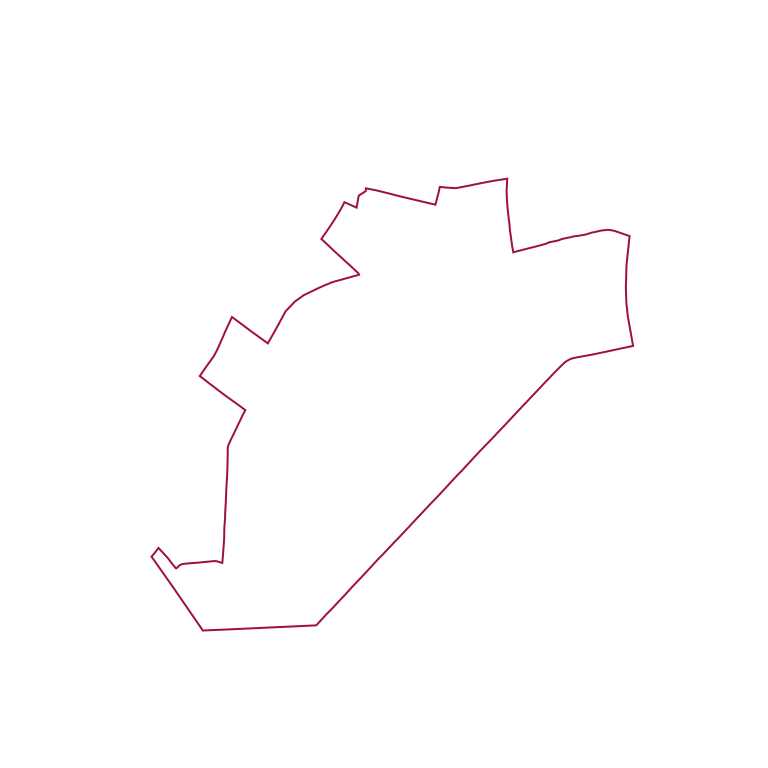 outline of Sathon, Bangkok Metropolis, Thailand, rotated 152°
{"feature_id": "78962969B57919474821024", "entity_name": "Sathon", "entity_type": "district", "adm_level": 2, "iso_a3": "THA", "parent_name": "Thailand", "parent_adm1": "Bangkok Metropolis", "projection": "robinson", "projection_center": [100.532, 13.714], "detail": "fine", "context": "isolated", "style": "outline", "palette": "rose", "viewbox_px": 768, "rotation_deg": 152, "n_neighbors": 0, "source": "geoboundaries", "source_scale": "gbopen_adm2", "svg_char_len": 3177}
<svg xmlns="http://www.w3.org/2000/svg" viewBox="0 0 768 768"><g transform="rotate(152 384 384)"><path d="M371.2,541.5L368.1,532.4L365.2,523.7L358.7,505.6L354.7,494.0L354.6,493.5L354.7,492.2L357.6,492.8L364.3,494.3L374.8,496.6L378.9,497.6L382.2,498.2L390.2,499.0L395.6,499.4L413.2,500.1L418.7,499.3L424.2,498.6L429.1,496.9L436.6,494.5L452.3,484.1L463.4,477.0L467.5,474.4L467.8,475.0L473.7,487.1L476.2,492.1L483.7,508.1L486.8,514.5L500.2,504.4L503.1,502.0L515.1,492.6L519.2,489.8L521.5,488.3L532.1,483.1L542.9,477.5L537.8,466.1L529.7,448.6L521.9,432.8L518.7,426.0L523.2,423.0L530.8,417.4L537.0,412.8L545.5,406.6L550.4,402.8L551.1,402.1L551.6,401.4L552.1,400.7L555.5,394.4L560.4,385.6L564.9,377.8L567.3,373.8L571.7,366.7L578.0,355.9L581.3,350.4L583.0,347.7L585.4,343.6L587.2,340.3L589.5,336.7L592.7,331.6L596.5,324.7L598.4,321.4L603.2,313.8L607.1,307.6L610.8,301.9L611.0,302.1L611.4,302.5L613.7,304.9L615.6,306.6L616.8,307.2L619.0,308.2L619.4,308.4L620.5,308.8L622.0,309.4L624.1,310.3L626.1,311.1L628.7,312.2L630.3,312.8L632.6,313.8L634.9,314.8L636.9,315.7L639.7,316.9L641.4,317.6L642.9,318.3L643.7,318.6L644.8,319.0L646.0,319.5L647.1,319.7L647.8,319.8L648.8,319.9L649.6,319.8L650.5,319.7L651.4,319.4L652.3,319.1L653.0,318.9L653.4,318.8L653.8,318.7L654.0,318.8L654.3,319.0L655.0,322.7L655.6,325.5L656.3,330.2L656.6,332.0L657.6,335.7L658.0,337.2L659.0,341.2L660.1,345.1L662.1,344.2L664.8,342.9L666.8,342.1L670.3,340.7L665.6,303.2L659.7,251.4L635.0,239.6L557.1,202.7L550.6,205.0L547.1,206.2L542.8,207.8L536.8,209.6L523.6,214.1L515.9,216.7L508.2,219.5L501.0,221.9L493.2,224.5L485.0,227.3L478.6,229.6L470.9,232.3L466.8,233.5L462.0,235.1L455.0,237.5L448.1,239.8L441.9,241.8L433.9,244.5L428.1,246.5L422.3,248.5L409.9,252.7L400.6,255.9L391.2,258.9L385.4,260.9L375.6,264.3L370.9,266.0L361.0,269.4L355.5,271.1L350.9,272.7L348.4,273.6L337.6,277.4L330.2,279.9L323.1,282.2L314.1,285.1L306.8,287.6L295.9,291.2L289.6,293.4L282.4,295.8L272.3,299.3L264.7,301.8L259.2,303.7L251.6,306.2L244.4,308.7L234.9,311.8L228.1,314.1L221.9,316.0L218.6,317.0L213.8,318.3L211.5,318.5L209.0,318.6L207.6,318.5L206.2,318.3L204.8,318.0L203.1,317.5L201.3,317.0L185.0,311.8L146.2,300.7L136.9,329.4L132.2,341.2L127.3,351.3L125.3,355.4L121.1,362.7L117.1,369.8L114.3,374.8L97.7,399.3L108.7,411.1L109.8,412.0L111.7,413.5L113.5,414.7L113.9,415.0L117.4,416.4L118.6,416.9L120.1,417.5L126.5,419.2L129.0,420.0L131.9,420.6L134.9,421.1L136.0,421.4L137.1,421.7L142.2,423.4L147.3,425.3L151.0,426.2L158.8,428.5L160.5,428.7L161.9,428.8L162.6,428.9L167.4,430.3L171.9,431.6L172.3,431.7L174.4,431.7L175.2,431.8L182.5,433.4L193.8,436.2L202.1,438.2L207.4,439.5L208.0,439.6L207.0,442.6L206.2,445.3L202.8,454.6L200.8,460.2L197.9,467.0L196.2,471.4L194.8,475.2L191.4,483.5L190.4,485.7L189.1,488.6L185.3,496.6L183.0,500.4L178.8,507.4L192.6,512.2L205.8,516.3L215.8,519.2L228.7,523.2L236.8,528.2L242.0,531.7L242.2,531.8L246.1,527.2L246.3,527.0L246.7,526.6L254.4,518.2L264.6,527.1L273.8,535.2L283.1,543.4L290.4,550.1L299.8,558.5L308.1,565.3L309.5,562.9L317.0,562.3L317.7,562.1L318.5,561.4L325.4,552.6L333.6,563.1L336.5,561.0L339.5,559.0L347.6,554.1L354.5,550.2L363.7,545.3L371.2,541.5Z" fill="none" stroke="#9f1239" stroke-width="2"/></g></svg>